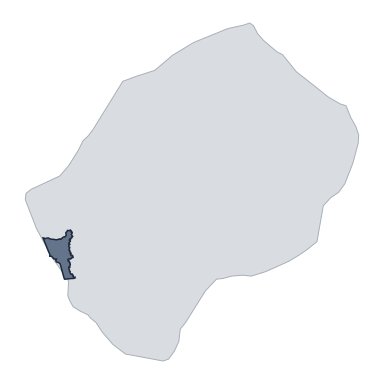 Siloe, Mohale's Hoek, Lesotho shown in context
{"feature_id": "5366337B49038686470651", "entity_name": "Siloe", "entity_type": "district", "adm_level": 2, "iso_a3": "LSO", "parent_name": "Lesotho", "parent_adm1": "Mohale's Hoek", "projection": "mercator", "projection_center": [27.347, -29.998], "detail": "fine", "context": "in_parent", "style": "filled", "palette": "slate", "viewbox_px": 384, "rotation_deg": 0, "n_neighbors": 0, "source": "geoboundaries", "source_scale": "gbopen_adm2", "svg_char_len": 5191}
<svg xmlns="http://www.w3.org/2000/svg" viewBox="0 0 384 384"><path d="M265.5,271.7L252.7,275.7L250.9,276.1L242.7,275.2L231.7,276.1L223.1,278.4L216.4,279.2L205.4,290.9L185.6,322.5L180.3,329.1L178.8,341.6L174.2,351.4L168.6,359.1L163.0,361.0L146.5,357.9L125.3,354.0L112.9,344.4L102.0,331.8L96.2,322.7L90.1,317.7L88.0,314.9L79.4,310.7L76.1,308.5L73.3,307.0L69.8,300.9L67.8,295.7L68.6,281.0L62.5,272.3L52.1,257.4L45.5,245.2L36.5,228.6L31.0,214.4L25.3,199.7L26.0,193.4L31.5,189.1L47.5,181.7L59.9,175.9L68.8,165.5L78.5,149.9L83.2,140.5L87.9,136.2L93.0,129.6L102.0,115.0L112.1,98.7L122.8,81.3L136.3,76.3L154.7,70.4L172.5,55.3L193.6,42.5L227.7,28.6L243.6,25.1L249.7,23.0L253.5,25.7L257.6,33.6L263.4,40.3L276.8,51.8L282.5,54.6L296.4,71.8L311.3,83.5L328.4,97.1L340.1,103.9L346.0,105.7L350.9,117.8L355.9,126.7L358.7,135.1L358.2,143.3L352.8,163.3L344.9,183.7L338.6,192.3L330.8,197.6L323.3,205.7L320.4,222.2L317.0,241.6L307.2,249.5L299.5,254.8L288.9,261.2L265.5,271.7Z" fill="#d9dde1" stroke="#a8b0b8" stroke-width="1"/><path d="M73.1,257.3L72.9,256.5L72.7,256.1L72.2,255.9L72.3,255.6L72.4,255.4L72.2,255.3L71.5,255.2L71.1,255.2L70.8,255.1L70.8,254.8L70.7,254.4L70.4,254.2L70.4,253.8L70.4,253.7L70.6,253.7L70.6,253.8L71.0,253.7L71.1,253.4L71.0,253.2L70.9,253.1L70.8,253.3L70.7,253.5L70.6,253.4L70.5,253.0L70.3,252.9L70.1,252.9L70.1,252.7L70.4,252.2L70.2,252.0L70.1,251.8L69.9,251.6L69.9,251.4L69.5,251.1L69.5,250.9L69.7,250.7L69.8,250.6L69.8,250.3L69.7,250.2L69.4,250.4L69.2,250.3L69.3,250.1L69.3,249.7L69.1,249.5L69.1,249.3L69.2,249.2L69.4,248.9L69.3,248.3L69.4,248.1L69.7,247.8L69.7,247.7L69.5,247.8L69.4,247.7L69.5,247.5L69.5,247.4L69.2,247.1L69.0,246.9L68.9,246.4L68.7,246.3L68.7,246.2L68.8,245.6L68.8,245.4L69.0,245.3L69.0,245.0L69.2,244.7L69.5,244.7L69.8,244.4L69.6,244.2L69.5,243.8L69.4,243.7L69.1,243.8L68.9,243.7L69.1,243.4L69.2,243.2L69.0,242.9L69.3,242.7L69.4,242.3L69.5,242.2L69.8,242.0L69.9,241.7L70.0,241.6L70.2,241.4L70.0,241.2L70.1,240.9L69.9,241.0L69.8,240.9L69.8,240.6L69.7,240.5L69.7,240.4L69.5,240.2L69.8,240.1L70.0,240.1L70.1,239.9L70.1,239.7L69.8,239.7L69.7,239.6L69.8,239.3L70.1,238.8L70.5,238.7L70.4,238.5L70.5,238.3L70.7,238.2L70.9,238.3L71.0,238.3L71.2,238.2L71.3,238.1L71.5,237.9L71.8,237.8L71.9,237.6L71.9,237.4L72.0,236.9L71.9,236.7L72.0,236.6L72.3,236.5L72.5,236.6L72.7,236.4L72.4,236.0L72.1,235.8L72.0,235.7L71.9,235.3L71.7,235.0L71.5,234.8L71.4,234.5L71.5,234.3L71.7,234.0L71.8,233.8L71.8,233.6L71.7,233.5L71.7,233.4L72.0,233.4L72.1,233.2L72.0,232.8L72.1,232.6L71.8,232.5L71.7,232.4L71.8,232.2L71.7,232.2L71.4,232.2L71.1,231.8L71.3,231.3L71.3,231.1L71.2,230.9L71.0,230.7L70.8,230.5L70.4,230.0L70.2,230.1L70.0,230.3L69.8,230.6L69.5,230.6L68.9,230.6L68.5,230.5L67.4,230.5L67.3,230.8L67.3,231.2L67.2,231.3L67.1,231.5L66.0,232.4L65.9,232.6L65.8,233.3L65.8,233.6L66.0,234.1L66.2,234.6L66.3,235.0L66.1,235.4L65.7,236.0L65.5,236.4L65.4,236.6L65.2,236.7L64.5,236.7L63.6,237.0L63.4,237.1L63.1,237.2L63.0,237.3L62.8,237.5L62.5,237.7L62.3,237.9L62.1,238.2L62.0,238.3L61.8,238.4L61.8,238.5L61.6,238.7L61.3,239.0L60.7,239.2L60.6,239.3L60.4,239.3L60.2,239.1L60.1,238.9L59.9,238.9L59.7,238.9L59.6,239.1L59.4,239.1L59.1,239.2L58.9,239.2L58.8,239.3L58.7,239.4L57.8,239.4L57.7,239.4L57.0,239.7L56.0,239.8L55.5,239.7L53.7,239.3L53.4,239.4L52.7,239.3L51.4,239.2L51.2,239.1L50.8,239.0L50.2,238.9L49.6,238.8L49.4,238.8L48.9,238.3L48.7,238.0L48.3,238.0L47.6,238.0L47.2,238.0L45.7,238.4L45.3,238.6L45.0,238.7L44.7,238.6L44.2,238.1L43.9,238.0L43.6,237.9L43.0,237.9L46.4,246.2L46.4,246.3L48.5,251.5L49.8,254.3L49.8,254.8L49.9,255.4L49.9,255.8L49.7,256.0L49.2,256.3L51.5,256.2L51.9,256.7L53.2,258.2L53.5,258.4L54.0,259.0L56.4,259.1L55.8,260.3L56.2,261.8L56.6,262.0L57.6,262.4L58.1,262.5L58.7,262.8L59.2,263.0L59.5,263.1L59.9,263.7L60.2,264.0L61.3,268.0L63.2,275.0L64.0,277.8L64.5,279.1L65.3,279.2L66.1,279.1L66.6,278.9L68.0,278.9L69.2,278.8L69.6,278.7L71.9,278.5L72.3,278.5L72.7,278.5L73.3,278.5L74.1,278.3L75.2,277.8L75.1,277.6L74.9,277.5L74.9,277.4L74.6,277.6L74.3,277.6L74.0,277.3L73.8,277.2L73.4,276.7L73.5,276.4L73.4,276.1L73.2,276.0L72.9,276.0L72.9,275.9L72.9,275.6L73.1,275.5L73.1,275.4L73.1,275.2L72.9,275.1L72.7,275.0L72.3,274.6L72.2,274.5L72.3,274.2L72.2,274.1L72.0,274.3L71.9,274.3L71.7,274.1L71.4,274.4L71.2,274.4L71.1,274.1L71.0,273.9L70.7,273.8L70.6,273.7L70.3,273.2L70.2,272.8L70.0,272.5L69.9,272.3L69.9,272.1L70.0,272.0L70.1,271.9L70.2,271.7L69.6,271.1L69.4,270.9L69.6,270.2L69.4,269.9L69.3,269.7L69.0,269.3L68.8,269.0L68.8,268.9L69.0,268.6L69.1,268.2L69.1,267.9L68.9,267.8L68.8,267.7L68.9,267.4L68.7,267.2L68.8,267.0L69.3,267.1L69.6,266.9L69.8,267.0L69.8,266.9L69.7,266.6L70.0,265.7L69.9,265.3L70.0,265.1L70.2,264.9L70.3,264.7L70.2,264.4L70.0,264.1L70.0,263.7L70.1,263.2L69.8,262.7L69.8,262.4L69.6,262.3L69.4,262.5L69.3,262.3L69.4,262.2L69.5,262.1L69.4,261.9L69.2,261.6L69.2,261.2L68.9,261.2L68.7,260.8L68.6,260.7L68.3,260.8L68.2,260.8L68.3,260.5L68.2,260.5L68.1,260.4L68.0,260.2L67.9,259.8L67.9,259.7L68.0,259.4L68.5,259.1L68.8,258.9L69.1,258.8L69.8,258.9L69.9,259.0L70.1,258.9L70.6,259.0L70.7,258.8L71.0,258.4L71.3,258.4L71.6,258.2L71.7,257.9L72.2,257.7L72.5,257.6L72.6,257.4L72.5,257.2L72.8,257.1L73.0,257.3L73.1,257.3Z" fill="#64748b" stroke="#1e293b" stroke-width="1.5"/></svg>